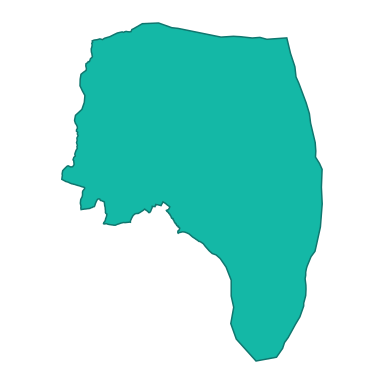 the district of Ogbomosho North, Oyo, Nigeria
{"feature_id": "59680162B8886032648131", "entity_name": "Ogbomosho North", "entity_type": "district", "adm_level": 2, "iso_a3": "NGA", "parent_name": "Nigeria", "parent_adm1": "Oyo", "projection": "robinson", "projection_center": [4.232, 8.135], "detail": "fine", "context": "isolated", "style": "filled", "palette": "teal", "viewbox_px": 384, "rotation_deg": 0, "n_neighbors": 0, "source": "geoboundaries", "source_scale": "gbopen_adm2", "svg_char_len": 5500}
<svg xmlns="http://www.w3.org/2000/svg" viewBox="0 0 384 384"><path d="M233.4,36.3L221.0,37.1L178.1,28.4L171.8,27.7L158.6,23.0L142.3,23.7L133.4,28.8L131.9,29.5L131.0,31.6L129.3,31.9L126.9,31.6L126.1,31.4L124.7,31.8L123.5,32.4L122.2,31.9L119.9,32.4L117.3,33.0L114.8,34.2L112.4,35.4L109.8,36.7L107.0,37.5L104.4,38.3L102.6,39.6L99.9,38.9L97.1,39.7L94.1,40.1L92.2,40.9L92.6,42.3L91.8,43.2L92.1,44.8L92.1,45.5L91.8,47.1L91.2,48.9L91.4,52.1L91.9,53.6L92.0,54.8L92.4,56.5L91.8,57.6L90.5,58.6L90.0,60.2L89.4,61.6L88.2,61.6L87.7,62.6L86.0,63.7L85.8,65.9L86.4,68.5L86.1,70.4L83.4,72.3L81.0,74.3L80.2,79.1L80.0,85.8L82.4,90.9L84.9,95.5L84.3,102.4L81.9,109.4L75.5,115.3L74.6,120.0L74.6,120.7L75.5,123.5L76.3,124.5L77.3,126.7L77.4,128.0L77.3,128.7L76.6,129.5L76.4,131.1L77.7,132.2L77.4,133.2L77.4,134.3L78.1,135.4L78.0,135.9L76.9,138.0L77.1,139.7L77.1,140.8L76.5,142.7L77.0,144.0L77.4,145.7L76.9,146.7L77.3,148.3L76.1,150.3L75.6,151.6L74.8,154.1L75.3,156.0L73.8,157.4L73.0,159.9L73.7,160.5L74.1,164.6L72.7,166.7L70.7,167.0L68.1,165.8L67.0,166.3L64.5,168.7L63.5,169.8L62.7,170.7L62.1,174.0L62.4,175.4L62.2,176.4L61.8,179.3L63.8,180.4L64.8,180.9L65.5,181.4L66.2,181.6L67.4,181.9L68.4,182.3L69.3,182.7L70.2,183.2L71.1,183.5L71.8,183.8L72.5,183.9L73.6,184.2L74.4,184.4L75.1,184.5L75.7,184.8L76.4,185.0L77.6,185.4L78.9,185.7L79.9,186.0L80.7,186.3L81.5,186.6L82.5,186.9L83.5,187.1L84.2,187.4L84.7,187.9L84.4,189.0L83.5,190.1L82.8,191.0L82.5,192.1L82.5,194.1L82.5,194.9L82.3,196.2L81.8,197.5L81.3,198.3L81.1,198.8L80.8,199.3L80.7,199.7L80.6,200.7L80.5,201.8L80.4,202.4L80.4,202.9L80.4,203.4L80.4,203.8L80.7,204.8L80.9,205.8L81.0,206.9L80.8,208.0L81.1,209.6L82.7,209.3L83.9,209.2L84.6,209.0L85.6,209.0L87.3,208.7L88.4,208.6L89.3,208.5L89.9,208.4L90.8,207.8L91.9,207.6L93.2,206.8L94.1,206.7L94.6,206.1L95.0,204.9L95.4,203.6L95.7,202.9L96.3,201.5L97.0,200.1L97.4,199.6L97.6,199.3L98.1,199.1L98.5,198.9L98.9,198.9L99.5,199.0L99.9,199.2L100.0,199.3L100.1,199.7L100.1,199.8L100.1,200.0L100.3,200.3L100.5,200.5L100.8,200.4L101.0,200.4L101.3,200.5L101.7,200.7L104.3,201.9L104.7,205.6L105.2,207.5L105.3,209.5L105.5,210.9L105.4,212.4L105.7,213.2L106.3,213.7L106.5,213.9L106.9,214.1L106.7,214.8L106.7,215.6L106.5,216.3L106.3,217.0L106.0,217.8L105.6,218.7L105.5,219.6L105.2,220.4L104.7,221.6L103.9,222.4L103.5,223.7L103.6,223.8L104.1,223.9L105.1,223.9L105.8,223.6L106.1,223.6L107.3,224.0L108.2,224.3L109.8,224.6L110.7,224.7L112.0,224.9L112.9,225.0L114.0,225.2L115.0,225.2L115.4,225.2L116.1,224.9L116.9,224.5L117.4,224.3L118.5,224.0L119.6,223.6L120.4,223.3L121.3,223.0L121.9,222.9L122.9,222.6L123.7,222.5L124.5,222.6L125.7,222.6L126.2,222.5L127.2,222.4L128.2,222.3L128.8,222.2L130.0,222.1L130.4,222.2L130.4,221.2L130.7,220.2L131.1,219.4L131.2,219.2L131.5,218.5L131.6,218.2L132.1,217.3L132.7,216.2L133.2,215.4L133.9,214.8L134.2,214.5L134.6,214.2L135.1,213.9L135.8,213.6L136.5,213.5L137.3,213.5L138.3,213.4L138.8,213.1L139.9,212.5L140.2,212.3L140.9,211.8L141.9,211.2L142.8,210.6L143.6,210.0L144.2,209.5L144.5,209.1L144.9,209.2L145.6,209.9L146.2,210.3L146.8,210.7L147.4,211.1L147.7,211.4L148.1,211.7L148.4,212.2L148.6,212.5L148.9,212.6L149.3,212.5L149.7,212.5L149.9,212.2L150.5,211.6L150.7,211.1L151.1,210.1L151.7,208.6L152.0,208.1L152.2,207.2L152.2,206.8L152.3,206.3L152.9,206.5L153.7,206.6L154.5,206.6L155.0,206.6L155.0,206.2L155.2,205.8L155.3,205.8L155.5,205.8L155.7,205.4L155.7,205.2L155.7,204.7L155.9,204.4L156.2,204.6L156.4,204.7L156.8,204.7L157.2,204.7L157.6,204.7L158.1,204.8L158.6,205.0L159.1,205.1L159.5,205.2L160.0,205.3L160.4,205.4L160.8,205.6L161.1,205.6L161.4,204.9L161.6,204.4L162.0,203.8L162.7,202.5L163.0,201.9L165.5,203.4L167.2,204.9L168.9,206.1L169.8,206.8L169.3,208.1L168.7,209.2L168.1,209.7L166.4,210.4L166.8,211.2L168.0,212.2L168.3,212.4L168.5,212.6L168.6,212.9L168.7,213.2L168.9,213.4L169.1,213.6L169.2,213.8L169.5,214.0L169.9,214.2L170.0,214.4L170.0,214.7L170.0,214.9L170.2,215.1L170.3,215.3L171.1,216.5L171.3,217.4L171.6,218.1L173.0,218.5L173.0,219.5L173.3,219.8L173.5,220.0L173.7,220.3L173.9,220.6L174.0,220.8L174.1,221.1L174.1,221.3L174.2,221.6L174.3,221.9L174.4,222.0L174.6,222.1L174.7,222.3L174.9,222.5L175.0,222.7L175.0,222.8L175.1,223.0L175.3,223.2L175.3,223.4L175.4,223.5L175.5,223.7L175.7,223.9L175.9,223.9L176.0,223.8L176.2,224.1L176.4,224.4L176.5,224.6L176.5,224.9L176.6,225.2L176.8,225.5L177.0,225.6L177.3,225.9L177.7,226.0L177.9,226.0L178.2,226.2L178.1,226.4L178.0,226.6L178.0,226.8L178.3,227.0L178.5,227.1L178.8,227.2L179.0,227.3L179.2,227.6L179.3,227.6L179.6,227.8L179.7,228.1L179.7,228.5L179.6,228.8L179.3,229.2L179.3,229.7L178.9,230.3L178.0,230.9L177.8,232.1L177.9,232.8L178.2,233.2L178.7,232.8L180.2,232.4L182.6,231.8L184.8,232.1L187.2,233.0L189.2,234.0L190.9,235.5L192.6,237.0L194.3,238.1L195.0,238.5L195.3,238.8L196.0,239.3L197.7,240.4L198.9,241.4L199.9,241.5L201.1,242.2L203.3,243.7L205.4,246.5L209.1,250.7L212.2,253.5L216.1,254.9L220.2,258.5L226.1,267.1L231.2,280.2L231.2,296.0L233.7,307.3L230.8,323.6L236.3,339.1L256.0,361.0L276.5,357.2L282.6,348.4L284.5,342.6L288.2,337.5L295.5,324.2L299.9,316.8L303.7,306.0L303.7,303.1L304.6,299.8L305.7,295.6L306.0,289.2L305.9,285.2L305.1,278.7L305.7,275.4L305.7,272.2L306.5,268.2L307.1,266.2L311.0,256.7L315.0,251.3L316.6,244.2L320.4,227.0L322.2,203.9L321.4,187.2L322.1,169.3L319.5,163.5L315.5,157.1L315.8,151.0L315.2,142.6L310.6,123.2L309.4,113.7L306.2,103.0L302.4,92.8L298.8,83.2L296.0,76.9L294.9,66.8L294.0,64.0L290.5,53.4L286.8,37.9L266.9,39.3L259.9,37.4L252.3,38.0L240.4,36.7L233.4,36.3Z" fill="#14b8a6" stroke="#0f766e" stroke-width="1.5"/></svg>